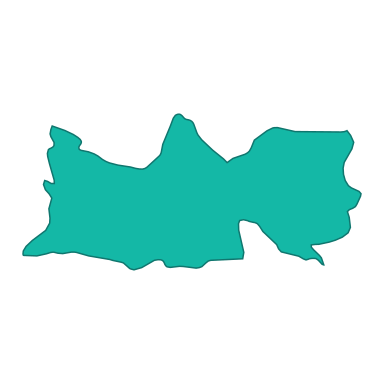 the District of Bhojpur, rotated 270°
{"feature_id": "NPL-1134", "entity_name": "Bhojpur", "entity_type": "District", "adm_level": 1, "iso_a3": "NPL", "parent_name": "Nepal", "parent_adm1": "", "projection": "orthographic", "projection_center": [87.293, 27.148], "detail": "fine", "context": "isolated", "style": "filled", "palette": "teal", "viewbox_px": 384, "rotation_deg": 270, "n_neighbors": 0, "source": "natural_earth", "source_scale": "10m", "svg_char_len": 2452}
<svg xmlns="http://www.w3.org/2000/svg" viewBox="0 0 384 384"><g transform="rotate(270 192 192)"><path d="M129.9,23.0L133.0,23.3L137.6,26.1L143.5,32.3L153.6,45.7L160.9,49.7L165.7,50.0L175.2,48.9L185.9,51.8L190.2,49.1L194.3,45.4L199.5,43.5L203.5,44.7L202.6,47.6L200.5,51.1L200.5,54.3L203.8,54.2L220.2,49.5L227.5,47.7L230.6,47.4L234.3,48.4L235.2,49.4L235.9,51.1L236.9,52.8L238.4,54.0L241.5,54.1L247.3,50.9L250.1,50.1L254.5,50.9L258.0,52.2L253.5,64.9L249.5,73.3L246.6,77.8L244.5,80.2L242.7,81.3L241.3,81.3L239.9,80.7L238.7,79.8L237.4,79.0L236.1,78.8L234.6,79.3L233.7,80.9L232.2,88.4L230.1,94.1L228.0,97.9L224.5,102.5L222.5,106.0L221.1,109.4L218.9,117.9L217.0,130.4L215.6,135.7L215.0,139.4L214.9,142.6L215.6,145.1L216.8,147.0L228.0,159.2L229.3,160.3L231.4,161.2L239.7,162.8L257.8,170.3L265.8,173.3L268.7,175.4L269.4,176.8L269.8,178.1L269.8,179.5L269.4,180.6L268.3,182.0L265.4,184.6L264.6,186.2L264.2,188.3L263.7,190.0L262.7,191.7L261.4,192.9L259.7,193.8L251.4,196.8L249.1,197.9L244.3,201.6L233.9,212.6L225.1,223.5L221.4,227.1L225.6,233.0L229.8,245.2L231.3,247.7L232.9,249.4L236.1,251.2L243.5,254.2L243.9,254.4L253.2,267.0L256.0,272.7L256.3,274.2L256.4,277.5L252.4,295.1L252.0,340.9L252.3,344.1L253.2,346.9L253.3,347.0L248.6,350.6L241.7,353.7L235.1,351.9L221.6,344.2L215.8,343.1L209.6,343.5L203.5,345.2L198.3,348.4L196.1,351.4L192.6,359.0L190.3,361.0L187.7,360.5L179.8,356.9L177.4,355.4L175.7,352.7L174.4,349.4L172.4,347.4L166.7,349.2L156.6,350.4L151.2,348.1L146.9,342.4L143.8,335.3L141.9,329.2L139.7,318.8L139.6,315.3L139.1,311.3L136.9,311.3L134.2,313.6L128.5,319.5L126.1,321.4L119.1,323.8L119.1,323.7L119.7,322.1L123.8,318.3L125.4,316.1L125.6,314.4L125.6,311.9L125.3,309.6L124.7,308.1L124.1,306.0L125.1,303.4L127.8,298.8L132.1,281.3L135.1,278.6L139.4,276.7L152.5,262.9L157.7,259.6L160.3,257.4L161.4,255.0L161.6,253.6L162.6,249.2L163.3,247.7L164.3,243.5L163.5,239.7L160.4,238.5L153.8,238.7L131.6,243.8L125.2,242.7L123.7,210.8L123.0,208.3L121.0,205.8L117.4,201.9L116.4,199.3L115.9,196.1L117.5,183.4L117.7,179.6L116.6,170.2L117.2,167.0L118.2,165.8L119.6,164.9L121.3,164.2L122.7,163.4L123.7,162.1L124.2,160.8L124.3,158.0L123.7,154.4L116.4,141.7L114.2,134.0L115.0,130.9L115.5,129.7L118.9,125.9L121.1,123.4L121.8,121.2L123.6,112.7L124.5,109.9L128.1,88.7L131.6,76.4L131.9,74.3L131.9,71.4L130.4,62.7L130.8,57.9L131.8,53.8L131.8,52.6L131.5,50.6L130.2,46.4L128.1,36.9L128.6,23.7L128.7,23.4L129.9,23.0Z" fill="#14b8a6" stroke="#0f766e" stroke-width="1.5"/></g></svg>